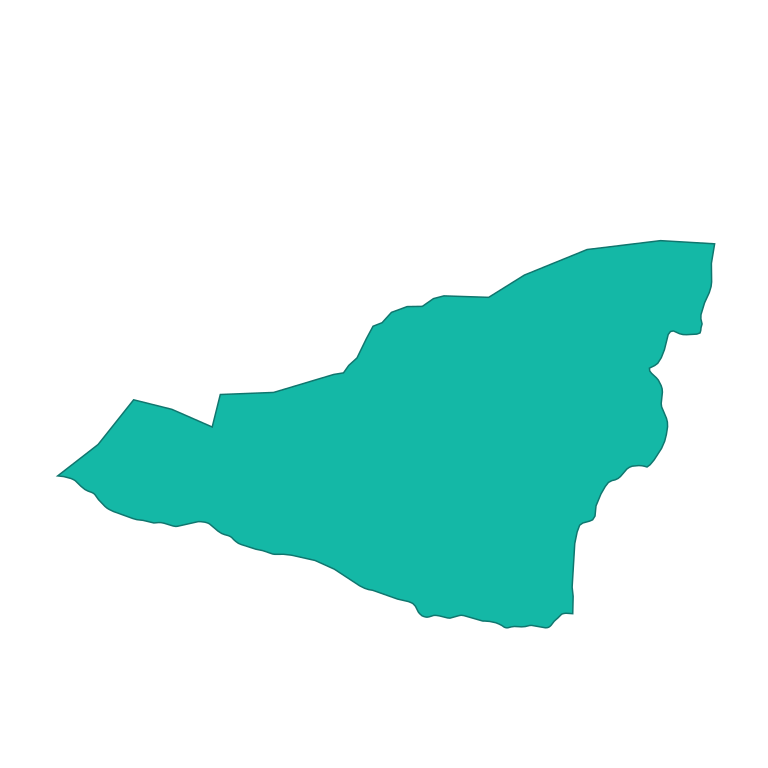 an SVG outline of Analamanga, rotated 104°
{"feature_id": "MDG-5862", "entity_name": "Analamanga", "entity_type": "Autonomous Province", "adm_level": 1, "iso_a3": "MDG", "parent_name": "Madagascar", "parent_adm1": "", "projection": "orthographic", "projection_center": [47.602, -18.658], "detail": "fine", "context": "isolated", "style": "filled", "palette": "teal", "viewbox_px": 768, "rotation_deg": 104, "n_neighbors": 0, "source": "natural_earth", "source_scale": "10m", "svg_char_len": 2444}
<svg xmlns="http://www.w3.org/2000/svg" viewBox="0 0 768 768"><g transform="rotate(104 384 384)"><path d="M255.5,89.6L258.0,89.7L259.9,92.5L263.0,102.5L263.7,105.9L263.7,109.4L262.5,116.0L263.8,118.7L267.2,120.2L282.9,120.2L291.4,121.3L297.7,123.4L300.6,125.8L304.4,130.3L307.1,129.3L308.9,127.0L312.1,121.2L313.9,118.7L318.5,114.7L321.3,113.0L324.5,111.9L335.9,110.3L339.0,109.1L349.0,101.6L352.4,99.8L356.9,98.5L364.6,97.8L371.5,97.8L379.3,99.1L392.2,103.5L398.0,106.3L400.9,108.7L400.8,111.3L400.9,113.9L401.5,117.1L403.7,123.3L405.5,125.8L407.8,127.8L416.6,132.2L419.1,134.1L421.1,136.6L422.6,139.5L425.2,142.4L429.9,144.5L438.3,146.9L451.0,148.8L461.1,147.3L465.3,148.7L467.3,151.3L470.8,157.5L473.7,160.0L480.9,160.8L492.7,160.3L535.6,152.3L544.3,149.1L561.2,145.3L562.4,152.0L563.0,153.6L563.9,155.4L565.1,156.4L569.3,158.9L570.5,159.8L573.1,161.5L577.7,163.5L579.1,164.4L580.2,165.4L581.0,166.8L581.5,168.4L582.5,182.3L583.0,184.1L585.2,188.3L586.3,191.6L587.7,198.8L588.9,201.8L590.6,204.9L591.0,206.4L590.9,208.4L589.8,211.2L589.1,214.2L588.6,217.7L588.8,223.9L589.7,229.3L590.0,230.3L590.1,231.0L589.4,250.4L589.7,253.2L590.6,255.2L595.2,263.3L595.6,265.7L595.6,274.3L595.9,277.4L596.4,279.6L598.9,283.7L599.6,285.2L600.0,286.8L600.0,288.9L599.7,291.1L598.2,293.9L597.0,295.5L592.1,299.7L590.5,302.1L590.0,303.0L589.6,304.8L589.2,307.6L589.4,318.9L586.9,345.2L587.2,349.2L586.9,353.3L585.7,358.8L575.7,387.4L571.9,408.3L572.5,432.6L573.5,440.2L575.7,448.9L575.9,450.8L575.0,461.4L575.3,468.5L574.3,483.7L573.8,486.8L572.6,489.8L571.4,492.1L569.9,494.4L569.2,496.1L568.8,498.3L568.7,502.3L568.3,505.4L566.9,509.5L561.9,519.6L561.5,521.7L561.4,524.3L561.9,528.5L562.5,531.0L572.1,550.1L572.6,551.7L572.8,554.2L572.3,563.5L572.4,566.6L572.9,569.0L574.5,573.7L574.6,584.8L575.4,591.0L575.3,595.0L573.2,615.5L572.2,620.3L571.5,622.6L570.3,625.1L565.3,633.0L561.2,637.8L560.4,639.3L559.9,641.4L559.5,645.3L558.7,648.7L556.6,653.2L552.5,660.2L551.9,662.2L551.4,664.9L551.3,672.3L552.1,678.4L511.9,646.8L459.9,623.1L459.9,583.7L467.3,540.3L433.8,540.3L418.9,489.1L386.9,435.1L383.0,426.0L374.5,422.7L365.2,416.5L344.4,412.1L330.6,408.6L325.0,400.7L312.7,394.1L303.3,380.3L299.4,365.6L289.2,356.7L284.0,347.2L274.6,303.4L244.3,274.1L204.4,219.5L178.0,150.4L168.0,97.1L187.8,95.5L205.7,90.8L210.4,90.2L216.7,90.5L227.7,92.6L240.1,93.2L244.1,92.3L248.8,89.9L252.6,90.0L255.5,89.6Z" fill="#14b8a6" stroke="#0f766e" stroke-width="1.5"/></g></svg>